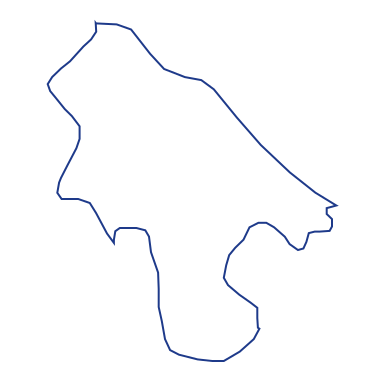 map outline of Lozovo (Robinson projection)
{"feature_id": "MKD-2931", "entity_name": "Lozovo", "entity_type": "Statistical Region", "adm_level": 1, "iso_a3": "MKD", "parent_name": "North Macedonia", "parent_adm1": "", "projection": "robinson", "projection_center": [21.908, 41.74], "detail": "fine", "context": "isolated", "style": "outline", "palette": "blue", "viewbox_px": 384, "rotation_deg": 0, "n_neighbors": 0, "source": "natural_earth", "source_scale": "10m", "svg_char_len": 1162}
<svg xmlns="http://www.w3.org/2000/svg" viewBox="0 0 384 384"><path d="M95.7,23.0L96.0,23.4L116.7,24.4L131.1,29.5L150.1,53.8L164.1,69.0L184.9,77.1L201.3,80.1L213.8,89.3L236.9,117.6L260.8,145.0L289.8,172.4L315.4,192.7L336.3,205.5L332.0,206.7L326.7,208.1L326.7,214.0L332.0,219.1L332.0,226.5L329.6,230.9L319.5,231.6L314.7,231.6L308.8,233.1L306.4,241.9L303.4,248.5L297.9,250.0L289.6,244.1L284.8,236.7L274.1,227.3L266.3,222.8L258.4,222.8L249.5,227.3L243.5,239.7L235.2,247.8L229.2,255.1L226.2,265.3L223.8,277.8L228.0,285.1L239.3,294.7L250.8,302.8L257.3,307.8L257.3,318.1L257.9,327.7L259.4,328.7L253.8,339.1L239.8,351.6L223.8,361.0L212.2,361.0L197.6,359.4L179.0,354.7L170.1,350.1L165.0,339.1L161.8,321.1L158.7,307.0L158.7,289.0L158.1,272.6L151.0,252.2L149.0,236.6L145.3,230.3L136.4,228.0L125.5,228.0L119.8,228.0L115.3,231.2L113.9,239.7L113.9,242.9L107.0,233.5L96.1,213.1L89.8,203.0L78.2,199.0L69.3,199.0L61.6,199.0L57.3,192.8L59.1,182.6L61.0,177.9L67.4,165.4L76.4,148.2L79.6,138.9L79.6,126.3L71.9,116.1L64.8,109.1L55.3,97.3L50.2,91.1L47.7,84.1L52.2,77.0L61.1,68.4L70.0,61.3L83.4,46.5L91.1,39.4L96.2,31.7L95.7,23.0Z" fill="none" stroke="#1e3a8a" stroke-width="2"/></svg>